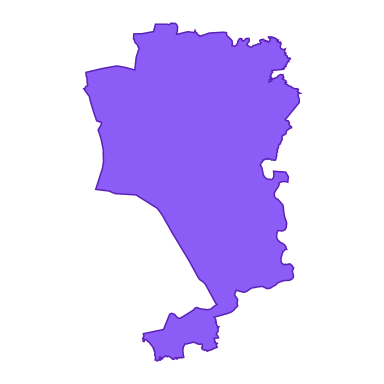 the district of Azoyú, Guerrero, Mexico
{"feature_id": "50627088B36255961277224", "entity_name": "Azoyú", "entity_type": "district", "adm_level": 2, "iso_a3": "MEX", "parent_name": "Mexico", "parent_adm1": "Guerrero", "projection": "mercator", "projection_center": [-98.537, 16.655], "detail": "fine", "context": "isolated", "style": "filled", "palette": "violet", "viewbox_px": 384, "rotation_deg": 0, "n_neighbors": 0, "source": "geoboundaries", "source_scale": "gbopen_adm2", "svg_char_len": 5899}
<svg xmlns="http://www.w3.org/2000/svg" viewBox="0 0 384 384"><path d="M226.5,32.6L223.6,32.2L209.4,33.0L199.9,36.3L199.7,35.6L197.3,34.6L197.1,33.3L195.2,31.6L195.0,30.6L194.0,32.6L187.9,31.7L176.5,34.4L177.3,31.6L177.6,27.1L177.2,25.5L175.6,23.5L173.5,23.3L172.9,23.6L171.5,23.0L169.0,24.7L166.9,24.2L155.5,24.2L153.6,31.6L142.0,33.7L133.8,33.9L133.5,38.9L134.2,39.5L134.6,41.3L135.5,43.0L137.2,44.5L138.3,47.2L139.2,47.9L136.2,57.2L134.8,70.0L126.1,67.6L116.8,65.9L101.8,68.6L85.9,72.4L86.2,75.7L87.0,78.5L87.1,82.1L87.7,85.7L87.4,86.1L86.4,86.2L85.6,86.7L85.1,87.6L85.1,88.4L83.8,88.8L89.3,96.4L90.4,101.3L94.4,114.4L96.7,120.9L101.3,122.3L101.2,124.7L98.1,129.9L101.1,138.8L103.4,150.3L103.2,152.1L103.5,161.5L102.5,168.2L95.7,189.4L108.9,191.0L115.0,193.6L136.0,194.9L157.4,208.4L162.0,214.7L172.2,232.8L189.1,260.8L198.0,277.1L199.6,279.5L203.5,282.2L205.5,284.5L215.8,303.4L217.1,304.4L213.6,306.7L211.1,308.8L209.2,309.5L206.4,309.7L204.4,309.2L202.6,309.2L200.0,308.7L196.8,307.5L195.2,308.0L193.4,310.0L190.4,312.0L180.6,318.0L179.1,318.3L176.6,317.0L175.4,315.1L173.9,314.1L171.5,313.3L169.7,314.2L163.5,329.5L143.3,333.7L143.9,336.0L142.8,338.3L142.8,339.0L143.9,339.1L144.0,339.8L143.1,340.7L143.1,341.4L143.5,341.6L144.2,341.5L144.6,340.2L145.1,339.6L146.2,339.7L147.6,341.3L149.7,342.8L150.7,344.4L153.7,348.1L153.3,348.6L153.9,349.2L154.0,350.7L154.9,351.7L154.7,355.4L155.6,356.9L155.2,360.0L155.9,360.0L157.1,361.0L158.3,360.0L160.3,360.2L160.6,359.7L159.4,358.0L159.5,357.3L160.6,357.1L161.5,358.8L162.2,359.0L163.1,357.6L165.6,355.9L167.0,356.8L168.3,356.3L170.2,357.0L172.3,359.0L173.4,359.4L175.0,358.6L175.3,357.8L176.6,357.7L176.6,358.9L177.4,358.9L178.6,357.5L179.6,358.0L181.2,357.3L181.8,357.9L183.8,357.3L183.3,355.0L182.8,350.2L183.4,347.0L185.0,343.9L186.7,344.0L189.4,343.1L190.9,343.0L192.1,342.3L195.1,342.6L197.7,344.0L200.1,344.3L202.2,344.0L202.6,346.3L201.6,347.2L202.0,348.9L202.8,349.5L204.1,349.9L204.6,350.4L205.6,350.0L206.6,350.5L207.2,351.3L208.9,350.5L212.9,349.3L213.5,348.2L215.4,348.1L217.2,347.3L216.3,345.0L216.5,343.9L217.4,343.5L217.3,343.3L215.2,342.9L214.6,342.3L215.2,341.7L214.0,338.5L218.6,337.8L217.4,335.4L216.2,334.0L218.2,331.0L218.0,329.5L218.3,327.6L218.8,326.8L217.6,327.0L215.6,322.0L216.2,322.1L215.8,319.7L214.2,317.2L227.6,313.5L231.2,312.1L233.2,310.7L237.6,306.0L237.3,303.4L236.8,302.3L237.5,301.4L237.6,299.5L236.7,297.8L234.7,295.4L235.1,292.7L236.6,290.1L237.8,290.7L242.8,292.1L243.9,292.2L246.1,291.7L251.7,288.0L259.2,286.7L262.6,286.5L267.1,288.7L269.6,288.3L270.9,287.9L273.6,286.0L275.6,285.1L277.3,283.3L278.8,282.3L284.5,280.5L289.1,280.4L291.5,279.4L293.0,278.0L293.5,276.4L293.4,275.0L292.4,272.0L292.7,270.1L293.7,267.9L292.9,267.2L292.0,265.5L289.8,263.8L285.8,264.8L285.6,264.2L284.3,264.6L283.4,264.4L282.5,263.7L280.9,261.6L281.0,258.2L282.8,252.0L284.6,250.1L285.7,249.4L286.7,249.4L285.8,247.3L286.0,246.9L284.6,244.9L282.1,243.2L280.1,242.2L277.5,239.6L276.6,237.2L276.9,233.1L277.5,231.3L277.9,230.8L278.7,230.6L282.1,231.0L283.2,230.7L285.2,229.6L286.2,227.6L286.7,223.6L286.2,221.1L284.7,217.1L283.8,212.6L283.2,206.2L282.8,204.9L278.0,199.4L275.5,198.1L274.7,196.9L274.3,195.5L274.4,193.4L274.8,191.9L278.5,186.3L279.1,184.7L279.0,183.1L280.7,182.1L283.5,181.5L285.7,181.6L287.8,182.2L288.4,176.8L285.7,172.1L273.5,171.2L273.8,173.9L273.8,176.6L272.9,178.7L271.8,179.6L266.9,178.9L264.8,177.3L263.4,175.0L261.9,167.7L261.0,166.0L260.1,165.5L261.1,163.3L263.0,160.9L262.9,160.1L264.6,159.7L265.0,159.1L267.1,158.6L267.2,159.3L270.1,158.9L271.7,160.1L272.4,159.9L274.9,160.3L275.5,160.0L276.2,158.2L276.2,157.2L276.8,155.4L276.6,153.6L276.9,152.5L277.5,152.0L277.4,150.5L277.0,149.8L277.9,148.9L278.4,147.8L278.7,144.8L279.2,144.6L279.4,144.1L280.1,144.1L281.3,141.0L282.1,139.9L282.1,136.1L283.7,135.0L284.6,134.8L286.0,133.6L286.3,131.4L287.3,130.0L288.8,129.3L289.3,128.4L291.5,127.8L291.6,127.0L290.8,126.5L290.0,125.5L289.2,125.1L289.0,124.2L289.5,123.2L288.3,120.8L285.8,120.5L285.2,119.7L299.3,102.5L299.2,99.0L298.0,95.0L298.2,94.5L298.1,94.0L298.7,93.4L300.2,93.2L297.5,91.8L297.4,91.4L298.3,90.1L298.0,89.5L298.2,89.3L297.6,88.7L294.8,88.7L292.8,87.9L291.6,87.3L290.9,86.3L289.0,86.1L287.8,84.8L286.3,84.4L284.8,83.2L285.0,82.9L285.9,83.1L286.6,82.6L286.6,82.4L286.0,81.7L285.9,80.9L284.7,80.3L284.4,79.7L283.1,79.3L282.3,78.8L283.8,77.4L283.1,75.9L283.0,74.8L281.0,74.5L279.5,75.1L278.2,75.7L278.0,76.5L276.6,77.5L274.7,78.1L272.0,79.7L271.5,80.9L269.1,82.0L269.4,80.0L269.6,80.1L269.9,79.5L271.1,79.4L271.0,78.7L272.0,78.3L271.4,77.2L270.5,77.5L270.1,76.3L271.1,75.1L271.1,73.8L272.6,72.4L271.9,70.5L283.4,69.3L283.1,68.8L283.7,68.8L284.4,68.2L284.2,67.3L285.1,67.1L285.4,66.4L285.9,66.3L285.4,65.5L286.6,64.5L286.5,63.8L287.3,62.8L287.4,62.0L288.1,61.7L288.3,61.1L288.8,61.4L288.8,60.1L290.4,58.8L289.9,58.1L287.2,57.7L287.3,56.1L284.9,54.6L285.0,54.3L285.7,54.1L286.0,53.4L285.8,53.0L284.8,52.6L284.5,51.5L284.7,50.9L284.4,49.9L285.1,49.5L285.3,48.9L283.5,49.6L282.6,49.4L280.5,48.2L280.2,46.4L281.1,43.4L280.1,43.2L280.4,42.0L277.5,42.0L277.7,40.9L278.2,40.9L278.4,40.0L276.5,40.0L276.6,39.0L274.4,37.7L274.0,37.9L273.6,37.6L272.8,37.6L272.4,37.1L272.1,37.0L271.9,37.4L270.8,36.8L270.4,38.0L269.0,36.8L268.6,36.8L269.1,37.7L268.8,37.9L269.4,38.4L270.0,38.5L270.3,38.9L269.5,41.5L269.1,41.3L268.6,42.1L267.5,41.8L267.0,40.8L266.6,41.0L265.6,40.6L265.5,40.9L265.0,41.2L263.8,39.5L263.2,39.3L263.1,39.6L260.7,39.7L259.8,40.5L259.8,41.1L260.2,42.0L261.0,42.7L260.9,43.2L260.3,43.7L259.8,44.0L257.9,43.8L257.3,44.5L256.2,44.7L255.0,45.3L253.2,45.5L251.2,47.6L246.8,44.9L247.9,42.8L249.1,41.4L249.3,39.5L248.8,38.3L246.4,38.5L246.1,38.9L245.7,38.8L244.3,40.6L242.1,40.9L242.0,38.9L240.9,38.6L241.0,39.0L239.5,38.7L237.8,41.3L237.7,42.8L236.2,45.4L234.3,46.1L231.9,45.7L232.5,44.1L232.0,40.8L231.6,40.1L227.1,35.7L226.4,34.1L226.5,32.6Z" fill="#8b5cf6" stroke="#5b21b6" stroke-width="1.5"/></svg>